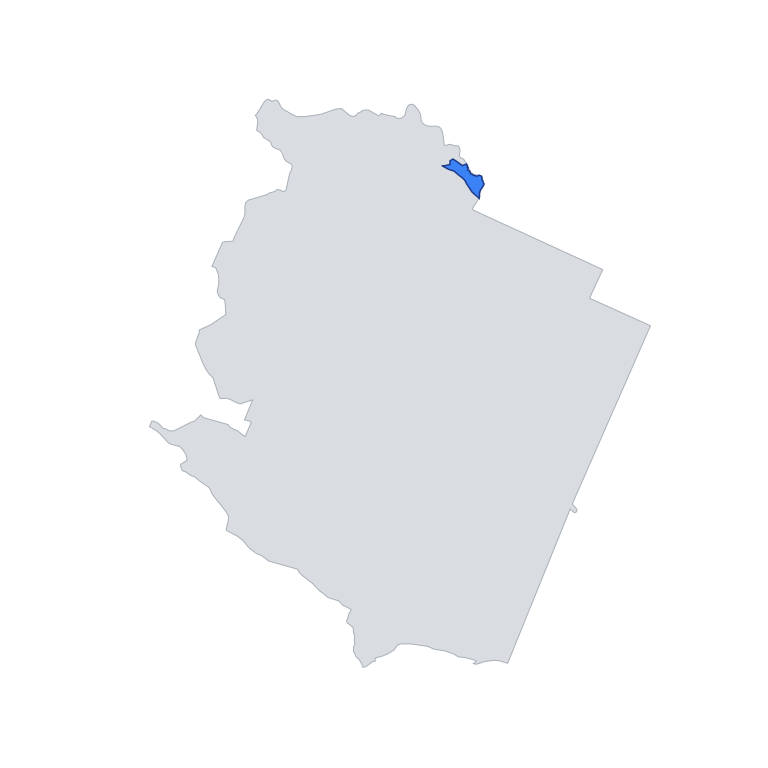 location of At Tina, Western Darfur, Sudan, rotated 115°
{"feature_id": "16777658B29691256653968", "entity_name": "At Tina", "entity_type": "district", "adm_level": 2, "iso_a3": "SDN", "parent_name": "Sudan", "parent_adm1": "Western Darfur", "projection": "orthographic", "projection_center": [23.027, 15.059], "detail": "fine", "context": "in_parent", "style": "filled", "palette": "blue", "viewbox_px": 768, "rotation_deg": 115, "n_neighbors": 0, "source": "geoboundaries", "source_scale": "gbopen_adm2", "svg_char_len": 6881}
<svg xmlns="http://www.w3.org/2000/svg" viewBox="0 0 768 768"><g transform="rotate(115 384 384)"><path d="M521.8,578.5L515.7,578.7L515.0,577.3L514.9,573.3L515.5,570.2L517.6,565.3L517.0,562.7L517.2,558.9L515.4,554.7L500.5,543.0L497.5,539.8L489.5,537.0L490.8,533.5L486.7,508.3L488.2,505.3L488.5,500.8L488.3,496.9L490.0,490.4L490.1,487.6L474.6,488.1L474.5,490.9L475.3,494.0L475.3,495.3L453.8,496.3L462.8,505.9L463.3,510.2L463.0,515.6L463.2,519.1L463.8,521.4L466.2,525.7L466.1,526.5L465.6,527.6L450.7,541.5L448.3,547.7L446.3,551.0L442.0,556.6L428.3,571.3L426.0,572.3L415.3,573.2L414.2,573.6L413.4,574.2L412.9,574.1L403.5,566.1L387.8,556.7L377.7,562.2L374.9,564.2L375.0,569.0L373.5,571.5L370.8,574.2L363.2,576.1L359.3,577.7L354.6,580.5L350.1,585.2L349.8,587.5L350.3,589.6L324.1,590.2L322.3,588.5L318.4,581.2L315.7,581.7L291.8,581.3L288.3,582.1L281.5,585.3L278.1,585.9L274.5,584.5L261.7,570.0L259.0,568.3L256.1,564.8L253.4,563.3L252.5,562.2L252.2,560.6L252.2,557.4L251.3,555.4L249.3,554.9L232.4,558.6L230.0,558.2L226.4,558.8L225.2,559.5L223.8,561.4L223.6,565.4L223.2,567.5L221.9,569.7L217.1,574.7L216.0,576.9L216.3,582.4L216.0,585.2L215.2,586.5L213.1,588.6L212.4,589.8L211.6,596.9L208.9,601.1L208.3,602.6L208.2,605.7L207.8,606.6L200.1,609.1L197.2,610.7L195.5,613.1L195.0,614.1L191.7,613.3L187.5,612.7L179.5,611.9L176.3,610.8L174.8,609.2L175.2,604.9L174.4,604.0L173.1,603.2L172.3,601.4L172.5,599.2L176.7,594.3L177.6,591.6L178.6,579.3L178.3,575.5L175.0,568.6L167.2,556.6L165.4,554.3L155.7,544.4L154.6,543.0L152.3,538.8L154.9,529.7L155.0,527.2L154.4,524.6L152.0,522.6L149.8,522.4L147.0,519.9L145.1,518.8L143.5,516.7L142.3,513.6L143.2,502.9L142.6,501.5L140.2,501.1L139.6,500.3L139.7,498.2L138.4,492.1L136.9,487.0L137.7,484.2L135.7,480.4L131.8,478.7L124.2,480.0L121.8,479.7L120.2,479.0L119.0,477.6L118.4,475.9L119.0,473.5L121.2,468.9L123.9,465.1L129.4,461.7L130.9,459.9L131.7,457.9L131.9,455.6L131.5,453.1L130.9,450.9L129.3,447.9L127.8,444.4L127.8,442.1L128.5,440.4L130.0,438.4L135.4,434.4L141.0,431.1L141.9,430.0L141.6,428.6L139.0,425.9L138.2,420.6L136.8,416.9L139.6,414.1L141.7,413.2L145.0,412.3L146.2,411.2L146.6,408.9L146.5,406.8L147.7,405.3L149.3,401.9L150.5,400.4L154.7,396.4L155.7,393.8L156.0,391.4L154.8,383.9L157.2,380.8L160.3,378.2L164.8,378.4L171.8,377.8L176.5,376.8L179.8,376.8L187.5,378.2L188.3,377.5L188.7,375.6L187.9,234.1L219.0,234.0L219.4,233.7L218.6,167.1L411.8,162.7L413.4,162.4L416.1,156.1L417.3,155.6L419.3,155.9L420.1,157.3L418.8,162.4L584.9,153.9L585.9,161.5L587.8,167.4L593.2,175.8L597.6,180.2L599.3,182.7L599.5,183.9L599.4,185.0L598.1,183.8L596.0,183.1L596.1,187.1L597.8,195.4L599.9,201.1L599.2,206.6L600.1,215.8L603.2,226.6L603.3,233.6L608.2,249.8L612.3,258.6L614.3,260.8L616.5,261.8L620.6,262.3L626.9,266.5L631.9,271.1L633.8,273.5L636.3,276.2L637.8,275.6L638.7,274.8L640.4,276.9L648.3,281.3L649.6,283.5L647.1,285.9L644.3,289.9L643.1,293.6L642.4,294.8L640.1,297.2L639.7,298.3L638.7,299.1L637.6,299.2L635.1,300.6L632.8,300.4L630.5,301.2L629.7,302.1L627.9,303.0L625.5,303.6L621.8,306.8L618.5,308.5L617.5,309.8L616.1,316.0L614.9,317.6L609.9,318.1L607.5,318.8L604.1,318.3L602.4,318.5L602.1,319.8L601.8,325.0L602.1,327.2L599.7,333.3L601.2,344.3L599.0,352.7L598.8,354.6L596.4,361.3L595.1,363.8L592.3,376.3L591.2,380.1L588.4,384.3L593.2,413.4L591.2,422.6L591.6,427.5L590.2,434.8L589.0,438.3L586.9,442.5L585.1,447.1L583.8,453.1L583.3,464.5L582.7,465.5L573.6,467.5L570.8,468.5L568.9,469.8L566.7,472.9L562.4,481.1L560.1,486.1L556.6,492.9L552.3,497.9L551.4,500.2L550.9,504.5L549.5,511.4L548.1,516.2L548.6,520.1L547.4,526.8L547.8,530.1L546.2,532.0L544.2,533.8L542.7,534.3L536.1,530.2L531.7,533.5L529.0,538.0L527.0,542.5L528.6,551.7L528.5,553.7L528.0,555.9L524.0,565.2L522.8,569.4L521.7,576.7L521.8,578.5Z" fill="#d9dde1" stroke="#a8b0b8" stroke-width="1"/><path d="M161.6,423.4L161.9,420.5L162.1,418.3L162.1,415.2L161.5,411.4L161.6,409.6L162.3,407.7L163.9,401.0L164.2,399.8L164.9,397.7L165.9,395.9L167.5,394.0L170.0,389.9L171.9,386.8L172.9,385.1L173.9,381.8L175.0,377.7L175.1,377.4L175.5,376.2L175.3,376.3L175.1,376.3L174.6,376.4L174.4,376.5L174.0,376.6L173.5,376.8L173.2,376.9L173.1,377.0L172.5,377.2L172.1,377.4L172.0,377.5L171.5,377.7L171.5,377.8L171.4,377.8L171.1,378.0L170.8,378.1L170.5,378.1L170.0,378.2L169.9,378.2L169.7,378.3L169.3,378.3L169.1,378.4L168.8,378.4L168.6,378.5L168.4,378.5L168.1,378.5L167.8,378.5L167.6,378.5L167.4,378.5L167.2,378.4L166.8,378.4L166.3,378.3L166.1,378.2L165.9,378.2L165.4,378.2L165.1,378.1L164.5,378.0L164.4,378.0L164.1,377.9L163.6,377.9L163.4,377.8L163.2,377.8L162.9,377.9L162.6,377.9L162.4,377.8L162.0,377.8L161.7,377.7L161.4,377.8L161.1,377.8L160.8,377.8L160.5,377.9L160.3,378.0L160.2,378.1L159.9,378.4L159.9,378.5L159.7,378.9L159.5,379.1L159.4,379.2L159.3,379.3L159.1,379.4L158.9,379.6L158.7,379.7L158.6,379.9L158.5,380.0L158.3,380.1L158.2,380.4L158.1,380.5L158.0,380.8L157.8,380.9L157.7,381.0L157.4,381.2L157.2,381.4L157.1,381.5L156.9,381.7L156.8,381.8L156.7,381.9L156.5,382.0L156.3,382.2L156.1,382.2L155.9,382.3L155.7,382.3L155.4,382.5L155.2,382.6L155.0,382.9L154.8,383.0L154.7,383.1L154.5,383.3L154.5,383.5L154.4,383.7L154.4,383.8L154.5,384.0L154.5,384.6L154.5,384.9L154.5,385.2L154.4,385.4L154.5,385.7L154.6,385.9L154.6,386.1L154.8,386.4L155.0,386.5L155.3,386.6L155.5,386.8L155.9,387.2L156.0,387.4L156.1,387.5L156.3,387.8L156.6,388.0L156.6,388.4L156.6,388.8L156.6,389.2L156.6,389.3L156.6,389.5L156.8,389.9L156.9,390.4L157.0,390.7L157.0,391.0L157.0,391.4L157.0,391.5L156.9,391.6L156.9,391.8L156.7,392.1L156.7,392.3L156.8,392.5L156.8,392.9L156.7,393.2L156.7,393.3L156.8,393.4L156.9,393.7L156.9,393.9L156.8,394.2L156.7,394.4L156.5,394.6L156.4,394.8L156.2,395.1L156.2,395.3L156.0,395.5L155.9,395.6L155.6,395.7L155.4,395.8L155.1,395.9L154.9,396.0L154.8,396.3L154.6,396.6L154.5,397.1L154.6,397.3L154.7,397.5L154.8,397.7L154.9,398.1L154.8,398.3L154.7,398.5L154.6,398.8L154.4,398.8L154.1,398.9L153.8,398.9L153.5,398.8L153.2,398.8L152.7,399.0L152.4,399.1L152.4,399.3L152.5,399.6L152.4,399.9L152.3,400.2L152.1,400.2L151.9,400.3L151.6,400.5L151.4,400.5L151.2,400.6L150.8,400.8L150.7,400.9L150.7,401.1L150.4,401.3L150.2,401.8L150.2,402.0L150.0,402.3L149.9,402.4L150.0,402.5L150.4,402.8L150.8,403.3L151.4,403.8L151.6,404.0L151.9,404.3L152.3,404.6L152.9,405.2L152.9,405.3L152.8,405.8L152.7,406.4L152.7,406.6L152.6,406.9L152.5,407.4L152.4,408.1L152.3,408.6L152.2,408.7L152.2,409.0L152.1,409.4L152.0,410.0L151.9,410.4L151.9,410.6L151.8,410.9L151.8,411.0L151.7,411.5L151.7,411.8L151.6,412.3L151.5,412.6L151.5,413.0L151.4,413.3L151.4,413.6L151.4,413.9L151.3,414.2L151.3,414.6L151.2,414.7L151.2,414.9L151.2,415.2L151.2,415.3L151.1,415.6L151.1,415.9L151.1,416.0L151.0,416.4L151.0,416.6L153.8,418.5L157.3,417.0L157.5,417.2L157.5,417.3L157.6,417.5L157.8,417.6L157.9,417.8L158.0,418.0L158.3,418.3L158.5,418.6L158.8,419.0L159.5,419.9L159.8,420.3L160.6,421.4L161.1,422.4L161.5,423.4L161.6,423.4Z" fill="#3b82f6" stroke="#1e3a8a" stroke-width="1.5"/></g></svg>